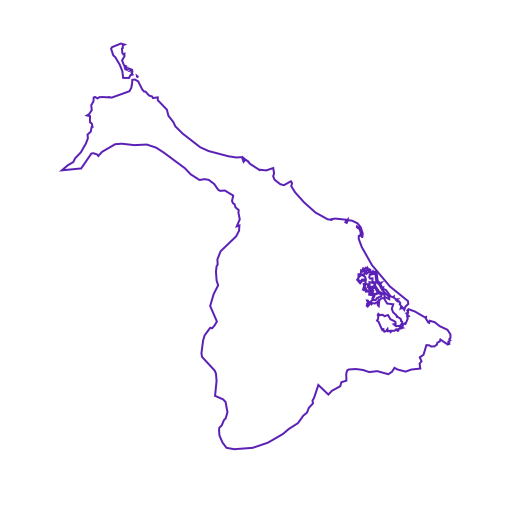 outline of Aklan, Aklan, Philippines, rotated 7°
{"feature_id": "2640588B21218366338371", "entity_name": "Aklan", "entity_type": "district", "adm_level": 2, "iso_a3": "PHL", "parent_name": "Philippines", "parent_adm1": "Aklan", "projection": "mercator", "projection_center": [122.331, 11.655], "detail": "fine", "context": "isolated", "style": "outline", "palette": "violet", "viewbox_px": 512, "rotation_deg": 7, "n_neighbors": 0, "source": "geoboundaries", "source_scale": "gbopen_adm2", "svg_char_len": 6083}
<svg xmlns="http://www.w3.org/2000/svg" viewBox="0 0 512 512"><g transform="rotate(7 256 256)"><path d="M459.0,313.6L458.5,310.0L455.0,305.9L447.0,303.3L441.4,299.9L436.3,299.1L436.0,301.3L435.2,301.1L432.2,297.4L432.2,295.8L431.1,296.3L420.4,291.7L413.8,290.2L412.3,292.5L413.5,291.5L413.9,293.9L412.3,294.6L413.4,295.5L413.3,297.2L413.7,296.0L415.0,297.1L413.5,297.9L414.2,299.8L412.7,305.1L412.0,304.7L410.3,306.2L410.1,308.3L408.8,308.8L409.8,309.2L408.7,309.4L409.4,309.7L409.5,309.9L405.7,311.4L406.4,312.7L405.8,313.1L403.9,311.8L402.7,313.3L400.1,313.7L398.9,315.0L398.6,313.8L396.0,314.6L395.4,312.5L394.2,314.7L392.6,315.5L391.5,313.7L389.8,314.7L391.0,313.0L389.4,312.7L385.7,306.4L384.0,305.3L384.8,303.6L384.8,300.9L384.0,299.8L384.5,298.5L386.1,299.6L388.7,298.9L390.9,300.1L394.2,298.5L397.0,302.3L402.3,304.3L402.9,306.3L401.0,307.0L403.4,308.6L407.7,307.7L409.4,304.3L409.0,303.3L408.0,303.0L407.3,300.8L403.7,299.0L402.5,299.6L403.4,298.7L402.9,298.0L398.9,295.1L397.2,291.9L398.1,287.2L391.9,287.2L388.2,282.4L385.9,282.5L383.8,284.8L383.9,290.7L382.7,289.7L382.9,287.7L382.0,286.9L380.0,288.6L377.2,288.6L376.7,289.5L376.1,288.4L373.6,291.6L373.6,290.8L372.9,291.1L372.9,292.2L372.0,292.0L372.1,290.0L373.3,289.7L371.6,286.6L372.5,286.6L373.8,288.8L377.0,285.6L376.6,284.2L377.7,280.9L373.0,280.6L373.0,278.8L374.5,276.9L369.5,278.0L368.7,275.6L366.8,277.4L367.8,275.3L367.6,274.2L366.5,275.1L367.0,272.6L366.2,270.7L368.1,269.5L367.8,267.3L364.5,267.6L362.7,270.4L359.3,267.3L360.3,265.3L360.0,261.6L365.8,261.1L366.0,258.0L365.2,257.6L362.1,259.4L362.1,257.4L363.4,257.9L363.9,255.1L365.7,255.7L366.5,254.3L367.9,255.5L368.2,254.3L369.6,256.3L370.2,255.4L371.2,255.8L372.0,258.8L373.1,258.6L374.0,256.8L374.7,257.6L376.3,257.1L378.2,259.4L379.7,265.7L382.4,267.8L383.7,267.2L382.8,268.6L385.2,272.2L386.1,271.7L386.0,273.0L389.2,274.0L394.5,279.6L396.9,280.2L397.7,279.5L397.7,280.4L400.3,282.0L401.8,281.7L400.7,282.9L402.2,283.9L403.2,283.4L404.9,285.1L404.5,286.2L406.3,288.2L406.0,290.2L407.1,289.3L407.1,290.2L408.6,289.8L409.7,291.3L410.4,288.2L413.0,285.0L412.3,282.2L392.6,269.9L372.2,250.9L360.0,234.4L355.9,226.6L355.6,223.6L356.8,223.4L357.2,220.4L355.6,216.8L352.7,215.2L352.7,214.4L357.6,217.5L359.2,225.1L359.2,220.7L356.5,214.8L352.8,211.2L346.9,209.2L343.3,209.3L343.0,208.6L342.0,212.1L340.6,211.6L341.5,209.0L330.2,209.2L326.4,210.2L326.5,211.0L322.5,210.8L309.7,205.6L297.3,197.0L287.2,188.2L282.5,182.5L282.9,179.3L281.5,177.6L275.1,182.3L271.4,181.8L265.1,178.0L263.3,174.7L263.9,171.9L262.4,166.6L255.7,169.8L249.2,169.9L250.0,170.7L238.9,165.3L236.9,163.5L237.7,162.6L237.0,163.3L234.0,161.7L233.5,162.3L233.5,161.4L231.9,160.4L232.9,162.9L232.2,164.0L230.0,159.6L224.4,160.6L216.7,160.4L196.1,157.6L187.5,154.9L168.5,143.6L160.2,137.2L157.6,133.1L152.0,127.5L149.7,121.6L139.6,113.4L139.1,110.5L134.5,111.8L133.4,110.3L130.3,109.8L126.3,106.3L124.9,106.4L123.0,104.8L117.7,97.0L114.3,95.6L111.8,96.2L112.0,101.7L111.1,102.1L111.7,102.1L111.8,104.0L110.3,107.9L93.4,116.4L90.7,116.2L90.7,117.4L90.5,116.5L84.5,116.9L81.1,117.5L79.4,118.9L77.0,117.8L75.6,118.4L75.8,122.3L74.1,126.4L75.2,131.3L73.0,135.6L71.1,137.1L74.2,137.4L74.9,143.5L76.9,144.6L78.0,147.8L77.2,148.0L76.8,152.8L74.0,156.0L74.8,159.6L73.5,165.0L69.5,174.5L64.7,180.9L63.1,185.1L58.2,188.8L52.9,194.6L71.8,190.4L80.1,174.4L82.2,173.8L86.2,174.7L87.3,175.9L90.6,171.3L102.6,162.2L109.2,160.9L121.5,160.8L134.1,158.7L143.6,160.6L151.9,164.6L174.8,177.6L181.2,182.9L190.6,187.4L195.8,186.0L199.8,186.2L205.7,189.6L210.4,194.9L212.5,195.7L217.1,194.8L226.0,198.8L225.5,204.4L226.8,206.5L228.4,207.2L229.7,210.2L233.2,212.5L233.3,215.2L235.4,221.6L233.3,228.9L235.8,227.7L236.1,232.9L233.9,238.9L220.3,255.6L218.1,264.1L219.0,269.3L218.1,270.9L218.2,276.7L219.9,285.2L222.0,289.7L218.6,299.0L216.6,311.2L225.2,325.8L223.2,330.2L221.2,333.1L219.3,332.8L214.7,341.0L213.8,346.4L213.7,359.1L214.7,362.7L228.9,374.7L230.6,377.6L232.1,384.9L232.4,399.8L240.8,402.3L243.6,404.6L246.7,414.5L245.7,420.7L244.2,422.8L242.6,428.4L240.6,430.8L240.5,433.0L241.6,438.7L245.7,445.5L250.1,450.0L258.0,450.4L276.1,446.8L290.6,439.8L304.4,429.4L309.5,423.8L318.0,416.8L322.4,408.7L325.7,405.2L327.0,400.2L330.5,395.4L329.7,392.5L330.9,389.9L333.6,376.4L344.7,384.7L347.8,380.5L355.5,375.0L356.1,370.9L360.9,368.7L359.9,361.7L360.5,358.4L362.0,357.3L369.0,356.0L376.2,356.1L382.5,357.4L390.4,355.5L401.7,357.2L405.1,354.3L407.1,350.1L410.2,351.4L418.6,352.5L423.9,349.8L432.8,347.7L431.5,342.9L433.1,340.3L430.9,336.6L434.3,333.6L436.0,323.7L438.6,323.5L441.0,324.5L444.3,323.9L446.4,321.8L446.6,319.9L448.8,318.4L449.2,316.4L457.0,320.5L458.6,319.8L458.5,319.0L457.5,319.3L457.4,317.5L459.1,316.1L458.0,314.9L459.0,313.6ZM89.9,74.3L92.0,75.7L97.5,82.8L100.9,89.1L102.4,95.4L108.2,94.8L109.5,91.6L111.4,91.0L110.1,89.2L110.9,88.3L110.5,86.9L108.5,87.4L109.6,86.1L107.0,85.4L105.3,87.0L103.6,86.6L103.1,85.5L103.8,85.5L104.5,84.7L103.0,84.7L103.5,83.3L102.0,83.2L99.2,78.2L101.1,73.8L100.8,71.3L99.7,72.0L98.5,70.6L97.7,66.4L98.4,65.9L98.2,63.1L99.7,62.2L96.0,61.6L87.6,66.3L86.9,67.9L89.9,74.3ZM376.6,259.0L371.2,260.8L371.0,263.4L372.0,264.5L374.4,264.0L374.6,267.2L377.6,267.8L378.0,271.1L382.7,276.5L386.3,277.6L388.3,279.1L388.6,280.9L393.5,282.6L393.3,280.6L385.1,274.1L381.9,269.4L378.6,267.0L376.6,259.0ZM382.0,278.0L379.8,279.3L377.8,279.4L378.5,281.0L377.3,284.5L378.1,285.4L380.0,285.3L381.2,283.1L385.4,280.3L385.4,278.9L382.0,278.0ZM378.1,273.0L373.2,275.1L373.2,276.0L375.1,275.3L376.6,276.0L376.4,277.5L374.0,279.4L374.4,280.4L377.7,279.1L379.1,279.2L381.3,277.5L378.1,273.0ZM363.5,261.7L361.1,263.7L359.7,266.8L363.1,268.7L364.1,266.5L367.9,265.9L367.0,263.6L363.5,261.7ZM371.0,270.4L368.7,270.5L367.4,272.4L370.1,276.8L372.9,276.1L373.1,275.0L370.7,273.2L371.0,270.4ZM376.9,268.7L371.8,268.1L372.7,273.1L377.1,271.6L376.9,268.7ZM369.1,256.4L366.7,257.5L367.9,260.1L369.5,258.5L370.8,258.5L369.1,256.4ZM115.8,91.7L116.0,92.4L117.0,93.3L116.6,92.2L115.8,91.7ZM382.7,285.9L382.3,286.9L382.8,287.3L382.9,286.8L382.7,285.9Z" fill="none" stroke="#5b21b6" stroke-width="2"/></g></svg>